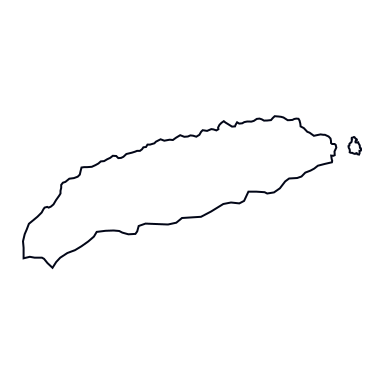 the district of Jeju-si, Jeju, South Korea
{"feature_id": "91817680B29624883381183", "entity_name": "Jeju-si", "entity_type": "district", "adm_level": 2, "iso_a3": "KOR", "parent_name": "South Korea", "parent_adm1": "Jeju", "projection": "natural_earth1", "projection_center": [126.666, 33.419], "detail": "fine", "context": "isolated", "style": "outline", "palette": "ink", "viewbox_px": 384, "rotation_deg": 0, "n_neighbors": 0, "source": "geoboundaries", "source_scale": "gbopen_adm2", "svg_char_len": 3057}
<svg xmlns="http://www.w3.org/2000/svg" viewBox="0 0 384 384"><path d="M331.9,162.3L332.2,160.8L331.7,159.1L331.2,155.6L333.3,155.8L334.7,155.2L334.6,153.0L334.5,151.5L336.3,147.6L335.7,144.9L334.6,144.0L332.1,144.0L331.0,143.0L331.0,141.0L330.5,138.5L328.6,136.5L324.9,134.8L323.3,134.8L320.6,134.4L316.7,135.2L313.9,135.8L309.6,132.7L307.3,131.8L303.8,128.1L300.6,126.4L300.3,123.6L299.5,120.5L298.5,118.8L296.3,118.6L294.2,119.0L292.5,119.9L290.0,120.1L287.7,120.2L285.2,118.6L283.5,117.5L281.0,116.8L278.4,116.5L274.7,116.2L272.8,118.0L271.0,120.1L267.3,120.5L264.0,120.6L261.7,119.3L259.5,118.6L256.8,118.9L253.8,120.9L251.4,121.6L247.3,121.5L244.3,122.1L242.2,123.3L239.2,123.6L237.1,122.3L235.7,124.6L235.0,126.4L232.0,126.6L228.5,124.4L225.4,122.5L223.8,121.2L221.5,122.8L219.5,124.8L218.1,127.5L218.4,129.2L216.4,130.4L213.4,129.4L211.3,129.1L207.1,130.9L202.7,130.2L201.1,131.8L199.4,134.8L196.3,136.7L193.1,135.7L190.4,135.4L187.9,136.5L184.3,136.8L180.2,135.2L175.9,137.8L172.9,140.0L169.7,139.7L164.3,140.7L160.6,139.3L155.9,141.7L154.4,143.3L150.0,144.6L147.5,144.6L146.0,147.0L143.4,147.3L142.0,149.3L139.9,150.9L137.0,150.9L135.0,151.7L131.8,152.7L128.5,153.5L126.4,154.0L123.4,156.8L121.1,157.9L118.3,158.1L116.2,156.0L112.8,155.8L110.3,157.8L107.1,159.3L104.1,161.1L100.8,161.4L98.4,163.5L95.5,165.1L91.8,166.8L87.5,167.1L84.3,167.1L81.5,167.5L80.6,171.1L79.8,174.6L77.7,176.7L73.9,178.1L69.3,178.7L65.4,181.9L62.9,182.7L61.2,184.9L61.2,187.9L60.5,190.8L60.5,193.5L59.3,195.5L56.1,200.0L53.5,204.4L50.9,206.6L48.7,207.6L47.2,206.9L44.6,207.6L43.4,209.3L41.7,212.5L37.5,216.7L28.9,223.8L26.8,229.3L24.7,234.2L23.0,241.3L23.6,247.9L23.6,258.3L29.8,256.8L34.8,257.7L42.0,257.7L44.0,258.8L47.5,263.1L52.5,267.8L56.2,262.0L60.2,257.7L67.4,253.0L75.1,250.1L81.4,246.3L88.2,241.5L93.9,236.6L96.7,231.9L105.5,230.8L113.6,230.5L119.2,231.0L122.3,232.6L128.4,234.3L135.4,233.9L137.2,231.4L138.7,226.0L145.5,223.6L168.0,224.5L176.3,222.7L182.0,218.0L201.0,216.8L211.1,211.5L223.3,204.0L231.0,202.5L239.3,203.4L244.1,200.9L248.4,191.7L256.8,191.7L264.6,192.2L267.2,193.5L274.0,192.4L279.9,188.3L285.2,181.4L289.1,178.5L297.2,178.0L301.5,176.5L305.3,172.6L310.5,170.6L314.2,168.6L317.9,165.7L324.9,163.9L331.9,162.3ZM355.6,142.4L355.4,141.8L355.6,141.1L356.0,140.3L356.8,140.2L356.9,139.7L356.5,139.1L355.8,138.7L355.3,138.3L354.6,137.3L354.0,137.0L353.7,137.1L353.0,137.5L352.8,137.6L351.8,137.8L351.7,138.4L351.7,139.3L352.0,139.7L351.8,140.2L351.6,141.7L351.2,142.4L350.5,142.7L350.0,143.4L349.4,144.0L349.4,144.5L349.4,145.5L349.1,145.8L348.5,146.1L348.6,147.1L348.9,148.1L349.6,149.2L349.8,150.4L349.8,151.1L349.8,151.6L349.7,152.3L350.5,152.7L351.6,152.9L352.4,152.9L353.2,153.4L355.0,153.9L355.6,153.6L356.3,153.1L356.7,153.1L357.3,154.2L359.0,154.6L359.6,153.2L359.5,151.4L359.5,150.8L360.3,150.8L360.7,150.7L361.0,150.2L361.0,148.8L360.7,148.1L360.0,147.9L359.9,147.4L359.8,146.3L359.7,145.3L359.2,144.5L358.8,143.8L358.4,143.2L358.2,142.3L357.6,142.4L357.0,142.5L356.4,142.5L355.6,142.4Z" fill="none" stroke="#020617" stroke-width="2"/></svg>